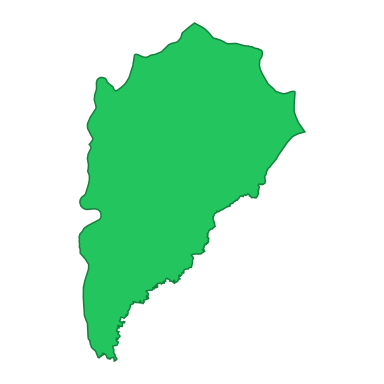 Na Khu, Kalasin, Thailand (Albers equal-area conic projection)
{"feature_id": "78962969B7237235401003", "entity_name": "Na Khu", "entity_type": "district", "adm_level": 2, "iso_a3": "THA", "parent_name": "Thailand", "parent_adm1": "Kalasin", "projection": "albers", "projection_center": [104.002, 16.745], "detail": "fine", "context": "isolated", "style": "filled", "palette": "green", "viewbox_px": 384, "rotation_deg": 0, "n_neighbors": 0, "source": "geoboundaries", "source_scale": "gbopen_adm2", "svg_char_len": 5974}
<svg xmlns="http://www.w3.org/2000/svg" viewBox="0 0 384 384"><path d="M268.3,84.2L262.3,73.9L260.1,69.0L259.4,64.9L259.8,60.1L260.3,58.9L261.6,57.3L262.3,54.6L262.3,52.3L262.0,51.1L261.2,50.2L259.8,49.8L258.6,48.9L254.3,48.0L252.0,46.7L249.6,46.6L248.5,46.0L246.2,46.0L242.7,45.3L237.0,43.6L235.6,43.4L228.3,43.8L226.1,43.2L223.0,41.3L219.3,39.7L213.3,38.0L208.0,31.9L204.8,28.9L203.0,27.7L194.5,23.0L189.1,27.1L182.2,33.0L180.8,37.8L177.9,41.4L176.3,42.3L171.3,43.5L168.6,44.8L161.7,51.7L155.4,54.3L150.5,55.3L148.5,56.5L146.2,57.4L143.2,57.0L136.7,54.3L135.6,54.3L134.9,54.7L134.4,55.3L133.0,65.1L129.0,77.7L125.9,82.8L124.4,84.6L120.6,87.9L117.1,90.4L115.9,90.8L114.6,90.3L113.9,89.4L112.8,86.7L109.7,84.4L107.4,82.2L106.0,79.3L105.0,78.2L101.5,77.4L100.3,77.5L98.3,78.6L97.1,80.0L96.4,82.7L96.5,89.1L94.7,95.1L94.2,99.9L95.6,104.6L96.1,107.7L95.7,108.9L90.3,117.2L87.6,123.5L87.4,125.3L87.6,128.4L91.1,135.3L92.4,137.4L92.7,139.0L92.7,139.6L91.6,141.5L90.2,143.5L89.2,144.3L90.7,146.4L91.1,148.0L88.2,153.9L87.4,158.5L88.5,164.9L88.2,168.9L87.7,171.1L89.4,175.7L89.3,180.2L88.4,184.6L85.5,194.0L84.5,195.1L81.7,197.3L81.1,198.2L80.2,199.8L79.8,202.4L80.8,205.8L83.0,208.1L84.7,209.0L86.7,209.5L94.6,208.8L97.8,209.5L99.1,210.5L100.3,212.1L100.8,213.1L101.1,216.2L100.6,218.1L99.4,219.6L87.7,225.7L84.5,228.0L83.7,228.9L82.5,231.1L80.0,234.0L79.1,236.7L79.4,239.1L79.2,242.0L79.6,243.5L79.3,246.8L80.2,249.3L80.2,253.2L85.4,259.2L88.7,264.4L88.5,269.2L84.9,280.6L83.4,287.4L83.3,297.6L84.4,315.4L86.0,320.0L87.4,323.1L88.1,336.9L88.4,339.1L89.8,340.5L89.8,341.3L90.3,342.0L90.1,343.0L90.5,344.8L91.2,345.7L91.2,346.8L92.5,348.5L95.2,350.8L96.0,352.0L98.1,357.5L99.0,357.8L99.8,357.1L100.3,356.0L101.0,356.4L101.4,355.7L102.2,355.3L102.4,354.8L102.9,355.0L103.0,354.8L102.3,354.0L102.5,353.4L104.3,353.6L104.4,354.3L105.4,354.6L106.4,355.5L106.7,357.1L107.7,358.4L108.3,358.1L108.6,358.7L109.9,359.0L109.8,358.6L110.8,358.3L111.9,357.6L113.2,357.4L114.1,358.7L114.1,361.0L115.0,360.8L116.7,359.5L116.9,359.0L116.7,358.4L115.1,356.4L115.1,354.8L113.9,353.3L113.6,351.9L113.9,349.8L113.0,347.8L112.8,346.2L113.3,345.9L116.6,345.3L117.1,345.0L118.0,343.2L118.2,342.2L117.9,341.7L116.5,340.9L116.3,338.2L116.7,338.1L117.3,339.3L117.5,339.4L118.3,338.5L119.0,337.3L120.0,336.5L119.9,335.8L118.4,334.3L117.8,333.3L119.0,331.9L118.2,331.5L116.6,331.3L116.9,329.7L117.5,328.7L117.5,327.9L117.9,327.7L118.9,328.1L119.3,327.1L118.2,326.7L117.7,325.7L118.5,325.4L120.9,326.5L122.3,326.4L122.3,323.1L122.7,322.8L124.2,322.9L124.7,322.2L124.7,321.7L123.8,321.5L123.0,321.9L120.9,322.1L119.8,321.5L119.6,320.8L119.9,320.2L120.5,319.8L120.6,317.7L121.0,317.3L122.1,317.3L124.1,318.3L126.2,316.2L126.0,314.7L126.4,314.6L127.4,315.1L127.9,314.1L128.1,312.7L127.8,311.3L129.1,309.8L129.6,308.8L130.7,304.7L133.6,303.6L133.7,302.7L133.1,301.9L133.4,301.7L134.4,301.6L135.7,302.5L139.0,302.6L140.3,303.0L140.5,302.6L139.8,301.2L140.1,300.9L140.9,301.7L141.3,302.6L142.7,303.6L143.1,303.5L143.6,302.5L144.3,301.8L143.7,300.8L144.1,299.8L145.3,299.8L146.8,299.3L147.8,298.6L148.4,298.6L148.6,298.2L148.3,297.4L147.1,297.9L146.7,297.7L146.3,297.1L146.5,295.9L147.2,296.6L147.6,296.5L148.1,295.4L148.4,294.0L148.2,293.4L146.3,291.4L146.3,290.7L147.6,290.7L149.9,290.2L152.0,290.3L152.9,289.0L153.9,289.0L153.8,288.5L152.9,288.0L152.8,287.7L153.8,287.6L154.8,286.1L155.2,286.1L155.4,286.6L155.1,287.9L157.5,287.2L157.7,286.8L157.5,286.3L156.5,286.5L156.1,286.3L156.0,285.0L156.3,284.8L157.4,285.0L157.4,283.7L157.8,283.3L159.3,283.4L160.6,282.9L161.3,284.0L162.6,283.1L164.2,283.2L164.2,282.7L163.1,282.3L163.0,281.8L164.3,281.3L165.6,281.4L165.5,279.7L166.4,278.4L167.1,278.3L167.7,279.0L169.3,279.3L169.8,280.1L169.6,281.0L171.8,281.2L173.0,282.1L173.3,282.0L173.8,280.4L174.4,280.3L174.7,281.4L173.9,282.8L174.2,283.3L177.2,281.6L178.1,280.5L178.4,279.3L179.9,279.0L179.9,278.5L178.9,277.7L178.9,275.4L179.6,275.2L180.0,276.2L180.5,276.1L181.7,274.8L182.1,272.7L182.6,272.4L183.4,273.0L183.8,272.8L183.8,270.7L184.4,269.6L186.7,268.9L188.2,269.0L189.4,267.4L191.5,267.3L191.7,265.5L192.4,263.6L192.5,260.5L193.3,258.2L193.1,257.2L191.5,255.6L191.6,254.7L195.4,253.9L198.2,254.1L201.1,253.8L202.6,252.5L203.8,252.0L203.9,251.5L204.6,251.1L204.1,250.7L204.1,250.4L203.2,250.4L202.7,249.9L203.1,249.8L203.3,249.3L203.8,249.4L203.5,248.4L203.8,247.8L203.9,246.7L204.2,246.6L204.1,245.6L204.7,244.9L205.1,244.9L205.1,244.3L206.3,244.3L206.7,243.2L207.5,243.3L207.5,242.6L208.1,242.5L208.2,241.7L208.6,241.4L208.1,240.5L208.8,238.9L208.5,237.8L207.8,237.9L207.4,237.6L207.6,237.3L207.2,236.2L207.9,235.8L207.8,234.3L207.3,234.0L207.8,233.2L208.2,232.9L208.9,230.6L209.4,230.5L209.5,230.1L211.2,228.9L212.2,229.0L212.9,228.5L213.0,227.9L215.2,226.4L214.7,225.1L214.5,222.6L213.6,222.1L214.0,221.5L213.2,219.6L213.0,218.3L213.4,217.2L213.1,216.7L213.8,215.9L214.4,213.9L216.6,212.4L217.0,211.2L217.6,211.3L217.9,211.8L218.7,211.6L219.4,211.3L220.5,210.3L222.9,209.4L227.3,206.5L227.7,206.8L228.1,206.4L229.8,206.3L230.1,205.3L229.8,204.6L230.3,204.4L230.4,204.0L233.0,203.1L234.0,201.8L235.1,201.2L235.1,200.9L235.8,200.3L237.4,200.1L237.4,199.2L238.3,198.9L240.4,196.0L243.3,196.5L243.3,196.0L244.2,194.9L245.1,194.9L245.8,195.4L246.7,195.1L247.4,194.0L248.2,194.0L249.8,195.4L249.6,195.7L250.0,195.8L250.2,196.4L251.1,196.8L251.5,197.7L254.9,197.4L255.0,197.9L255.6,197.9L256.5,197.6L256.8,196.8L257.5,196.0L257.7,194.7L258.6,193.9L258.3,193.1L258.5,192.0L258.1,191.2L258.2,190.1L258.8,189.8L258.6,189.3L259.4,187.0L258.3,185.1L259.4,183.9L260.6,184.6L261.6,184.6L261.8,184.1L262.8,184.5L264.9,183.2L264.9,182.5L265.5,181.6L264.6,176.5L265.8,174.9L266.6,171.6L267.7,169.3L268.8,167.8L270.0,166.9L272.0,164.1L275.9,159.6L278.4,155.2L287.2,142.6L292.2,136.9L294.8,135.3L298.4,133.7L304.9,131.9L298.4,122.6L295.6,116.0L294.2,111.5L294.1,105.2L295.0,93.2L294.9,91.9L293.7,91.3L291.1,91.6L286.5,93.3L283.4,93.9L275.7,91.4L273.5,88.7L268.3,84.2Z" fill="#22c55e" stroke="#15803d" stroke-width="1.5"/></svg>